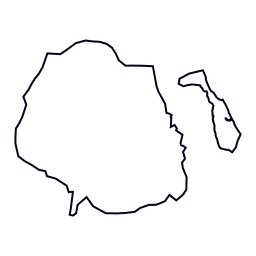 Nembe, Bayelsa, Nigeria
{"feature_id": "59680162B49362321791702", "entity_name": "Nembe", "entity_type": "district", "adm_level": 2, "iso_a3": "NGA", "parent_name": "Nigeria", "parent_adm1": "Bayelsa", "projection": "orthographic", "projection_center": [6.44, 4.512], "detail": "fine", "context": "isolated", "style": "outline", "palette": "ink", "viewbox_px": 256, "rotation_deg": 0, "n_neighbors": 0, "source": "geoboundaries", "source_scale": "gbopen_adm2", "svg_char_len": 3798}
<svg xmlns="http://www.w3.org/2000/svg" viewBox="0 0 256 256"><path d="M23.4,96.7L26.3,104.7L22.4,116.6L19.1,123.5L15.9,128.5L15.5,135.9L15.4,140.1L15.4,143.4L18.3,156.2L24.2,160.8L31.7,165.0L39.2,169.9L45.4,171.1L47.0,176.2L55.5,178.5L66.6,185.6L68.8,192.3L70.3,191.9L72.9,191.9L70.9,207.9L69.7,214.8L73.3,215.5L76.2,213.0L77.6,204.8L86.6,197.1L93.2,206.3L99.9,210.0L101.4,210.8L105.7,213.2L116.9,213.4L125.0,213.0L134.6,211.9L140.3,207.9L149.0,204.9L156.1,204.8L165.0,201.2L169.4,194.9L176.3,200.4L183.1,194.6L186.3,189.6L186.6,177.1L182.9,168.1L182.0,162.6L185.0,158.7L183.1,151.8L185.7,147.7L183.8,146.3L180.9,145.0L180.6,143.1L182.5,134.8L177.6,131.5L176.1,130.4L176.9,128.5L174.6,125.0L170.8,126.9L171.3,117.8L170.7,116.9L171.0,116.0L171.7,115.4L171.7,115.1L171.1,114.7L168.4,113.4L166.5,112.9L166.3,111.5L165.5,106.5L165.3,104.2L158.7,92.1L158.2,90.9L157.4,88.6L156.7,86.8L154.8,76.9L152.9,66.2L150.7,66.1L140.4,65.7L132.3,65.6L125.5,65.7L118.8,60.3L115.7,53.5L115.5,53.2L111.9,47.6L108.3,45.1L108.1,44.9L106.5,43.8L99.9,41.9L99.5,41.8L92.2,41.4L87.9,40.8L85.6,40.5L75.6,43.2L75.6,43.3L65.8,50.5L62.1,53.0L60.2,54.2L47.4,53.4L42.5,67.4L38.9,73.7L34.6,79.0L31.1,84.8L28.7,89.5L23.4,96.7ZM240.6,134.3L235.8,127.0L234.6,124.9L233.9,122.2L232.1,119.3L231.2,117.5L231.2,118.9L231.2,119.3L231.2,119.7L230.9,120.0L230.7,120.1L230.6,120.3L230.4,120.5L228.2,120.6L227.9,120.5L227.6,120.3L227.1,120.1L226.6,120.0L226.4,119.8L226.3,119.2L226.1,119.0L225.8,118.9L225.6,118.7L225.6,118.4L226.0,118.4L226.3,118.5L226.6,118.9L226.8,119.0L226.9,119.3L227.2,119.7L227.7,119.8L228.0,120.0L228.3,120.1L230.3,120.1L230.6,119.8L230.7,119.5L230.9,116.9L229.8,114.5L228.9,112.8L228.0,109.7L225.4,104.3L222.6,99.6L221.6,100.2L219.2,99.4L216.6,97.4L213.6,92.7L211.0,91.0L209.7,88.8L206.6,81.8L205.8,79.2L205.8,77.1L202.9,70.3L189.1,73.6L179.5,78.8L178.7,83.8L183.4,86.3L187.1,85.3L192.2,84.4L200.3,85.4L200.6,85.7L200.4,86.1L200.6,86.7L200.7,86.9L200.9,87.2L201.2,87.3L201.5,87.5L201.7,87.8L202.0,88.0L202.3,88.3L202.5,88.5L202.6,88.8L202.8,89.4L203.0,90.0L203.4,90.5L203.6,90.7L203.9,90.8L204.1,91.0L204.5,91.3L206.6,91.5L206.8,91.6L206.9,92.0L207.1,92.3L207.2,92.8L207.2,94.3L207.1,95.8L207.1,96.1L207.2,96.3L207.4,96.6L207.6,96.7L207.7,96.9L207.9,97.2L208.0,97.4L208.2,97.5L208.3,98.0L208.5,98.5L208.5,98.8L208.7,99.4L208.8,100.2L209.0,100.9L209.1,101.2L209.3,101.5L209.5,101.8L209.8,102.0L209.9,102.3L210.3,102.5L210.6,102.6L210.7,102.8L211.0,102.9L211.4,103.1L211.7,103.3L212.2,103.6L212.5,103.9L212.6,104.2L212.8,104.5L212.9,104.9L213.1,105.2L213.3,105.6L213.3,106.3L213.1,106.8L212.9,107.9L212.8,109.0L212.6,109.6L212.5,109.9L212.3,110.3L212.3,110.6L212.3,111.1L212.5,112.7L212.6,113.4L212.6,115.5L212.9,115.5L213.1,115.7L213.3,115.8L213.4,116.0L213.4,116.6L213.3,117.1L213.0,117.4L212.8,117.7L212.8,119.2L212.8,119.3L212.8,119.5L213.0,120.1L213.1,120.5L213.1,121.1L213.3,121.1L213.4,121.7L213.6,122.5L213.7,123.0L213.9,123.6L214.1,124.3L214.4,125.1L214.5,125.7L214.5,126.7L214.4,127.3L214.4,127.6L214.4,127.8L214.4,129.5L214.5,130.0L214.5,130.3L214.7,131.0L214.9,131.6L215.0,132.1L215.2,132.4L215.3,132.9L215.5,133.2L215.6,133.8L215.6,134.0L215.6,135.1L215.8,135.7L216.0,136.7L216.1,137.0L216.3,137.5L216.4,137.8L216.6,138.1L216.8,138.3L216.9,138.9L217.1,139.1L217.2,139.7L217.4,140.2L217.6,141.0L217.7,141.9L217.9,142.6L218.0,143.2L218.2,143.7L218.3,143.9L218.5,144.3L218.7,145.0L218.8,145.6L219.0,146.1L219.1,146.4L219.3,146.6L219.5,146.9L219.5,147.0L219.9,147.4L220.1,147.7L220.3,147.8L220.4,148.2L220.9,148.3L221.0,148.5L221.4,148.6L222.2,148.8L222.8,149.0L223.6,149.1L224.1,149.3L224.9,149.4L225.5,149.6L226.6,149.8L228.3,149.9L228.5,149.9L228.8,149.9L229.8,150.6L231.0,151.5L231.5,151.9L232.2,152.3L236.0,147.0L237.4,141.5L239.1,137.7L240.6,134.3Z" fill="none" stroke="#020617" stroke-width="2"/></svg>